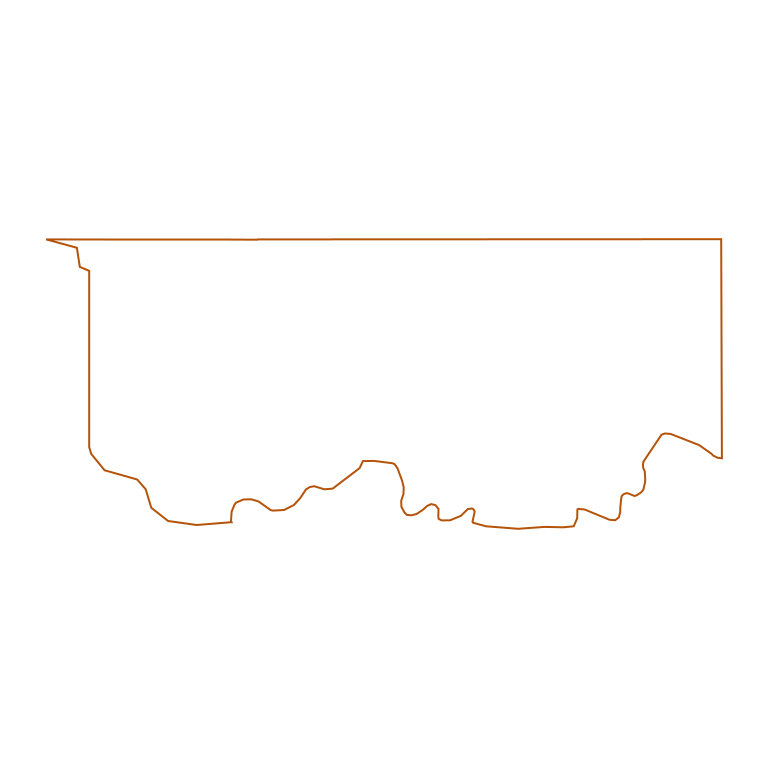 the district of Choctaw, Oklahoma, United States of America
{"feature_id": "52423323B93718948099955", "entity_name": "Choctaw", "entity_type": "district", "adm_level": 2, "iso_a3": "USA", "parent_name": "United States of America", "parent_adm1": "Oklahoma", "projection": "natural_earth1", "projection_center": [-95.519, 34.012], "detail": "fine", "context": "isolated", "style": "outline", "palette": "amber", "viewbox_px": 768, "rotation_deg": 0, "n_neighbors": 0, "source": "geoboundaries", "source_scale": "gbopen_adm2", "svg_char_len": 1393}
<svg xmlns="http://www.w3.org/2000/svg" viewBox="0 0 768 768"><path d="M217.6,239.5L104.7,239.5L46.1,239.4L76.9,247.8L79.8,266.9L89.2,270.9L89.2,447.2L91.3,454.0L104.6,470.3L137.2,479.5L145.7,489.3L151.3,507.8L168.1,521.0L196.6,525.0L231.6,522.2L231.0,520.8L231.6,511.8L234.5,504.6L236.1,502.6L243.4,499.5L251.3,499.3L258.6,501.5L270.7,510.1L272.9,510.6L284.1,510.0L293.9,505.0L300.3,498.0L306.0,489.4L309.7,487.1L314.2,486.2L324.3,489.3L332.7,488.6L359.6,468.1L362.9,461.1L374.0,460.9L392.2,463.2L394.1,463.8L395.4,465.2L397.5,468.3L402.1,480.7L403.7,487.3L403.5,493.9L401.2,500.8L401.4,506.8L404.4,512.4L406.9,514.9L411.3,515.3L416.6,514.0L423.0,509.7L427.2,505.9L431.1,504.1L435.4,505.1L438.5,508.9L438.3,516.6L438.6,518.8L441.6,520.4L450.0,520.3L460.8,515.9L467.8,509.1L471.9,508.5L473.5,509.3L474.7,511.5L472.5,521.8L473.2,522.8L486.1,526.3L518.1,528.8L544.5,526.9L563.0,527.3L573.7,526.3L577.2,518.3L577.4,509.4L578.3,508.9L584.7,509.5L597.7,514.9L609.6,519.8L615.2,520.2L618.8,517.4L620.2,512.3L620.3,507.6L621.2,498.5L621.7,496.1L623.3,494.4L625.3,493.5L627.6,493.2L634.6,496.0L636.9,495.2L641.2,492.3L643.3,489.8L645.1,482.2L645.2,478.2L644.7,471.2L643.3,468.1L642.9,465.6L643.4,461.7L661.5,434.7L664.9,433.5L670.5,433.9L699.1,445.1L711.5,453.8L713.2,455.6L717.7,457.8L721.9,458.3L721.2,239.2L257.8,239.4L257.5,239.7L217.6,239.5Z" fill="none" stroke="#b45309" stroke-width="2"/></svg>